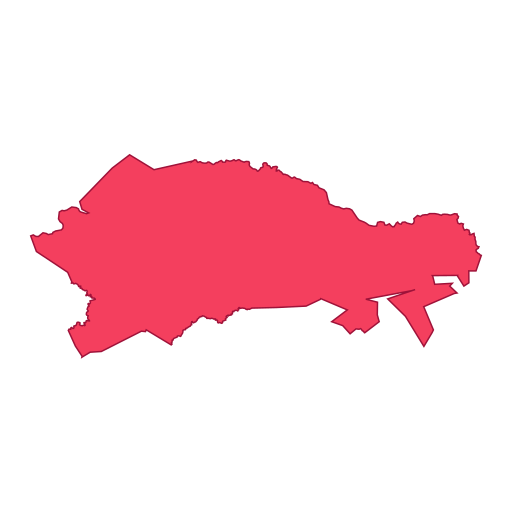 the district of Topia, Durango, Mexico
{"feature_id": "50627088B76672031961414", "entity_name": "Topia", "entity_type": "district", "adm_level": 2, "iso_a3": "MEX", "parent_name": "Mexico", "parent_adm1": "Durango", "projection": "orthographic", "projection_center": [-106.735, 25.251], "detail": "fine", "context": "isolated", "style": "filled", "palette": "rose", "viewbox_px": 512, "rotation_deg": 0, "n_neighbors": 0, "source": "geoboundaries", "source_scale": "gbopen_adm2", "svg_char_len": 5988}
<svg xmlns="http://www.w3.org/2000/svg" viewBox="0 0 512 512"><path d="M171.2,344.9L172.0,344.1L171.4,342.8L172.0,342.3L172.2,340.1L173.1,340.0L173.5,338.7L174.0,338.3L177.1,337.1L177.4,336.1L178.6,335.8L179.3,335.9L180.4,336.4L180.9,336.1L181.2,335.3L182.5,333.3L182.9,331.9L182.9,330.4L183.9,329.8L185.1,329.8L185.6,329.5L185.6,328.5L187.4,327.9L188.4,327.0L190.3,326.1L190.8,325.1L191.7,324.7L191.3,323.2L191.7,321.7L192.4,321.6L192.5,321.8L192.4,322.5L193.7,322.8L194.5,322.2L195.6,321.9L197.1,320.2L197.4,319.1L198.6,318.3L199.2,317.3L199.8,316.9L200.6,316.9L200.8,316.6L201.9,316.5L202.1,316.1L202.5,315.8L204.1,316.2L205.5,317.1L206.4,317.4L206.6,317.5L206.7,318.2L206.9,318.4L208.3,318.3L210.3,318.7L211.2,318.3L212.8,318.5L213.9,319.1L215.0,318.8L215.6,319.2L215.3,319.9L215.5,320.1L216.8,320.1L217.4,320.4L217.6,320.7L217.5,321.8L217.9,322.7L218.5,322.9L219.5,322.5L221.6,323.3L222.0,323.2L222.6,322.5L222.5,321.7L222.8,321.2L225.8,320.0L225.5,318.6L227.0,317.5L226.2,316.6L226.5,316.0L227.3,315.7L227.8,316.0L228.2,316.0L228.2,315.2L229.4,315.4L231.3,314.9L231.1,314.2L232.4,313.9L232.4,312.0L232.7,311.4L233.7,311.7L234.2,310.8L234.7,310.8L235.0,310.4L235.6,310.3L237.0,310.4L237.7,310.9L237.9,310.3L238.6,309.9L238.7,309.3L238.2,308.6L238.9,307.6L239.5,307.6L239.5,308.2L239.9,308.4L242.3,308.0L244.8,308.4L245.8,308.9L246.0,309.3L247.3,309.6L247.6,309.2L248.0,309.1L249.5,309.3L251.8,308.1L276.5,307.5L306.1,306.1L320.3,299.4L320.7,298.6L347.3,309.9L331.7,321.7L342.7,325.6L350.1,333.8L356.0,328.9L358.6,329.2L359.6,329.1L360.5,328.6L361.0,328.9L362.4,330.8L363.5,331.3L364.3,332.6L364.7,332.8L379.2,321.7L377.3,314.9L377.5,302.2L365.8,299.2L411.9,290.6L415.1,289.6L387.7,298.9L405.5,316.4L423.9,346.4L432.1,332.6L433.4,329.9L423.7,306.7L454.2,293.5L457.0,293.0L449.7,286.1L452.3,283.3L434.7,284.3L432.7,276.0L432.4,275.6L457.5,275.4L457.3,275.7L463.9,286.1L468.9,282.8L468.8,270.9L476.0,270.9L481.3,255.4L480.1,254.9L479.2,253.9L478.0,253.4L477.3,252.5L476.3,251.9L476.0,250.0L476.9,249.1L478.3,248.3L478.9,246.7L477.7,246.6L476.2,245.0L475.9,243.9L475.8,241.4L475.0,239.2L475.1,237.1L474.3,236.2L474.0,233.4L472.0,234.1L471.5,234.6L469.8,234.8L469.3,234.4L470.0,233.1L469.4,232.6L469.0,230.3L466.7,229.4L464.4,230.2L463.3,227.9L462.8,225.8L463.4,224.0L461.1,223.3L459.7,224.0L457.9,223.1L456.9,219.5L458.0,218.4L458.5,216.5L457.2,215.2L457.1,214.0L454.5,213.7L451.0,215.0L449.6,215.0L447.5,214.4L444.3,214.2L442.5,214.4L441.4,215.3L438.1,214.2L434.8,213.6L429.6,213.6L427.2,214.8L425.4,214.7L422.5,215.1L420.4,216.5L417.5,215.5L413.8,218.7L414.3,221.0L413.5,223.3L411.8,224.3L407.0,223.1L405.0,222.0L402.3,222.3L401.1,224.2L399.2,223.8L398.3,223.0L397.7,222.1L396.2,223.2L395.5,224.7L394.3,226.0L394.3,226.6L392.8,226.9L391.4,226.0L389.3,223.8L386.6,225.2L384.9,225.0L383.9,222.3L380.4,221.6L377.6,222.4L376.6,226.0L374.1,226.3L369.0,225.3L366.3,223.3L364.4,222.2L359.1,220.1L357.2,218.0L351.9,210.1L349.6,208.8L346.3,208.3L343.7,208.9L341.3,208.2L339.0,207.0L335.2,206.6L329.1,203.8L328.8,201.5L328.0,199.8L326.4,192.6L324.0,189.8L319.0,187.8L317.4,185.3L313.9,184.5L312.5,182.5L310.9,183.3L307.9,181.7L303.0,181.5L299.8,179.3L296.5,178.6L294.6,177.1L293.8,177.2L292.5,178.1L291.5,178.0L287.5,175.1L286.2,174.8L284.8,174.2L283.7,174.5L283.0,174.2L282.9,173.7L281.6,172.5L281.2,171.9L280.3,171.5L279.1,170.2L277.9,170.1L276.9,170.8L276.9,171.0L276.3,171.0L276.4,169.3L277.4,167.2L276.9,166.6L276.0,166.4L272.8,166.9L271.8,168.3L271.2,168.4L269.9,166.3L269.2,165.8L267.3,165.3L267.0,163.7L266.1,162.9L264.6,162.8L263.7,163.0L263.0,163.8L262.8,164.4L263.2,166.2L262.7,167.3L260.9,167.7L260.5,168.2L260.4,168.8L258.5,170.8L257.8,171.2L257.3,171.1L256.8,170.2L255.9,169.5L254.7,169.0L253.1,168.9L250.0,166.5L249.4,165.4L249.2,164.5L249.5,163.3L249.2,162.3L248.8,161.6L246.5,161.4L245.0,161.7L244.2,162.2L240.8,160.9L239.5,159.9L238.8,159.7L238.2,159.8L236.0,160.8L235.2,160.7L234.5,159.9L233.7,159.8L232.0,160.7L229.9,161.2L226.3,160.2L225.9,160.6L225.6,161.8L224.9,162.2L222.6,162.1L222.3,161.4L221.2,160.5L218.4,161.9L217.6,162.7L216.5,162.5L215.4,163.1L214.2,164.2L213.0,164.5L208.9,162.0L207.7,162.1L206.7,163.0L204.8,163.2L202.2,162.8L200.3,161.7L199.5,161.8L197.9,162.4L197.0,161.5L196.3,160.1L194.7,159.8L191.6,161.8L191.8,161.2L154.0,169.7L129.6,154.8L112.2,168.1L79.7,201.6L82.0,209.3L88.7,212.9L86.6,213.7L81.4,212.2L80.3,211.8L79.5,211.1L78.8,210.0L78.5,208.9L76.3,207.6L71.8,207.0L66.8,210.1L64.1,210.8L62.1,210.4L59.3,212.0L58.5,218.9L60.0,221.6L62.3,223.4L62.9,224.4L63.2,225.8L63.0,227.5L62.8,228.3L61.4,229.9L55.6,231.0L52.9,232.4L52.5,233.7L48.2,234.6L46.4,233.5L43.0,232.8L38.4,236.5L35.8,236.4L33.3,234.9L30.7,235.9L36.4,251.5L67.7,272.3L71.8,281.8L71.4,283.1L71.9,283.2L72.4,282.8L73.1,283.0L73.6,283.8L74.4,283.8L75.8,283.4L77.8,284.5L78.7,286.5L79.6,286.7L79.9,286.1L80.7,286.2L80.6,286.9L80.1,287.4L80.3,288.2L81.5,288.2L82.0,288.5L82.1,289.2L82.6,289.6L83.6,289.9L84.6,290.6L85.3,290.8L86.0,290.4L86.7,290.4L86.9,290.6L87.2,291.8L86.8,292.8L87.3,293.6L86.3,294.5L86.0,295.5L86.6,295.6L87.2,295.3L87.3,294.9L88.3,295.2L88.8,295.8L89.2,295.7L90.6,294.5L91.0,294.9L91.0,295.3L90.6,296.1L90.3,296.2L90.4,296.8L91.6,296.6L91.9,296.9L91.7,297.7L91.9,298.0L94.5,298.2L95.1,298.8L95.2,299.4L90.0,300.9L90.4,302.9L89.5,304.0L88.4,303.5L88.0,303.9L88.2,304.8L88.9,305.6L89.0,306.1L87.9,306.9L87.1,309.2L88.2,310.9L87.9,311.5L87.2,311.9L86.6,312.5L86.3,314.2L86.7,315.1L88.2,315.8L87.7,317.2L87.7,318.2L88.2,319.4L89.4,320.5L89.4,320.9L86.6,320.6L86.1,321.0L85.9,322.1L85.6,322.7L85.1,322.9L84.4,322.5L84.0,322.6L84.0,323.1L85.1,325.1L85.0,325.4L84.5,325.6L83.5,325.2L82.1,325.8L80.3,325.3L79.6,324.7L80.0,323.2L79.9,322.7L78.4,322.2L77.3,322.3L76.9,322.8L76.6,324.1L75.9,325.5L73.9,326.0L73.8,326.4L74.0,327.2L73.6,328.4L72.6,328.4L71.8,327.5L71.3,327.5L70.8,328.0L70.7,329.3L69.1,329.1L68.3,330.4L75.4,346.1L82.1,356.3L81.9,357.2L90.1,352.2L101.3,351.5L141.4,331.2L145.5,331.6L146.2,329.8L171.2,344.9Z" fill="#f43f5e" stroke="#9f1239" stroke-width="1.5"/></svg>